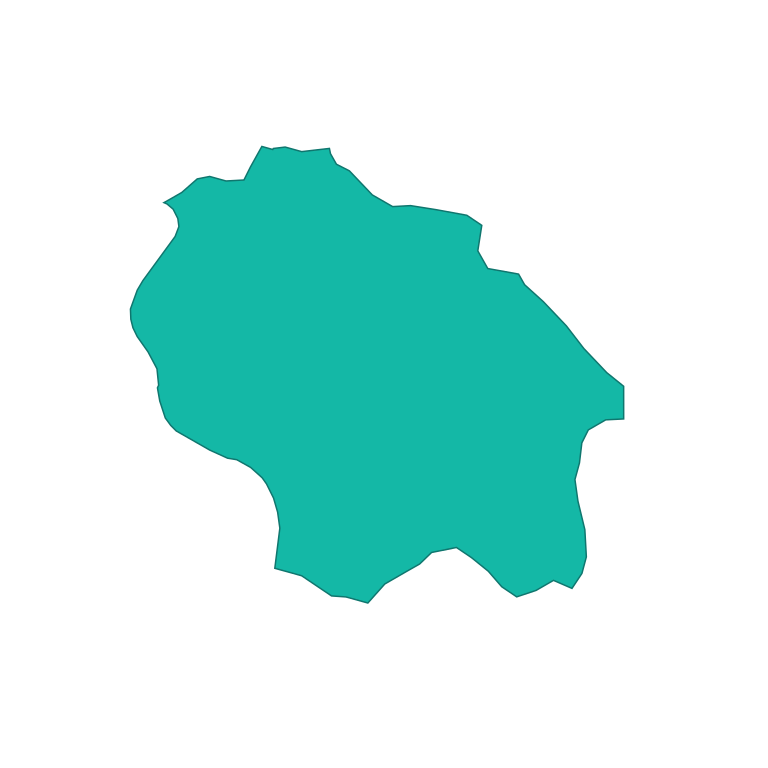 Popdong, Kangwŏn-do, North Korea (Robinson projection), rotated 330°
{"feature_id": "82179303B73748645094132", "entity_name": "Popdong", "entity_type": "district", "adm_level": 2, "iso_a3": "PRK", "parent_name": "North Korea", "parent_adm1": "Kangwŏn-do", "projection": "robinson", "projection_center": [127.124, 38.996], "detail": "fine", "context": "isolated", "style": "filled", "palette": "teal", "viewbox_px": 768, "rotation_deg": 330, "n_neighbors": 0, "source": "geoboundaries", "source_scale": "gbopen_adm2", "svg_char_len": 1299}
<svg xmlns="http://www.w3.org/2000/svg" viewBox="0 0 768 768"><g transform="rotate(330 384 384)"><path d="M555.5,356.1L531.6,335.9L531.8,315.6L548.0,295.5L540.1,279.3L516.2,259.0L496.2,242.8L480.2,234.7L468.4,214.4L464.5,198.2L460.6,182.1L452.7,169.9L452.8,157.8L454.5,152.7L428.9,141.6L416.9,129.4L405.9,124.7L404.9,125.3L397.0,117.2L376.8,129.3L364.7,137.3L348.7,129.2L336.8,117.1L324.8,113.0L304.7,117.0L292.7,117.0L284.1,116.9L286.1,119.6L288.8,127.2L288.2,137.6L285.1,145.1L276.9,151.8L226.9,173.9L217.3,179.3L201.9,192.3L197.1,201.4L194.7,209.8L194.0,219.4L195.7,238.2L195.0,257.3L188.2,272.4L185.9,274.0L181.3,286.6L177.6,304.1L178.6,313.3L180.6,320.8L200.1,354.2L211.4,370.0L218.6,375.9L226.8,389.6L231.6,404.3L232.3,411.8L231.3,427.6L227.8,441.8L221.7,456.8L197.3,489.0L200.9,492.7L208.9,500.8L216.8,508.9L224.7,525.1L232.6,541.3L244.6,549.4L260.5,565.6L284.7,557.6L300.8,557.6L308.8,557.6L324.9,557.7L341.0,553.7L365.0,561.8L372.9,578.0L380.7,598.3L384.6,618.5L392.5,634.7L412.5,638.8L432.6,638.8L444.6,655.0L460.7,647.0L463.4,644.3L472.8,634.9L485.1,610.6L493.4,582.4L501.6,562.2L513.8,550.1L525.9,533.9L538.0,525.9L558.1,525.9L574.1,534.1L590.4,505.8L582.6,485.6L574.8,453.2L571.0,424.9L563.2,392.5L555.4,368.3L555.5,356.1Z" fill="#14b8a6" stroke="#0f766e" stroke-width="1.5"/></g></svg>